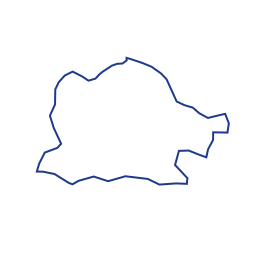 Faleia, Paphos, Cyprus, rotated 256°
{"feature_id": "46923920B65906378880060", "entity_name": "Faleia", "entity_type": "district", "adm_level": 2, "iso_a3": "CYP", "parent_name": "Cyprus", "parent_adm1": "Paphos", "projection": "mercator", "projection_center": [32.588, 34.857], "detail": "fine", "context": "isolated", "style": "outline", "palette": "blue", "viewbox_px": 256, "rotation_deg": 256, "n_neighbors": 0, "source": "geoboundaries", "source_scale": "gbopen_adm2", "svg_char_len": 845}
<svg xmlns="http://www.w3.org/2000/svg" viewBox="0 0 256 256"><g transform="rotate(256 128 128)"><path d="M86.8,60.6L88.7,67.2L89.2,83.0L81.2,95.8L81.8,113.8L73.8,134.9L65.5,144.8L62.6,161.2L59.6,171.6L65.0,173.5L80.7,164.7L93.5,171.9L91.4,181.5L85.2,190.1L80.6,196.9L87.9,200.5L95.9,207.7L103.2,209.6L99.5,223.4L108.2,227.0L118.2,225.7L118.3,222.0L118.4,212.8L118.4,208.0L125.2,200.6L132.1,195.8L136.7,188.0L142.0,181.6L153.1,179.6L166.0,177.2L173.0,173.2L181.7,165.7L187.4,158.0L194.3,147.2L196.4,143.6L193.9,143.0L191.9,138.2L192.9,133.1L192.4,127.5L188.9,117.4L187.0,113.3L183.8,108.4L183.5,101.1L189.3,95.8L196.1,87.9L194.2,79.3L189.2,71.9L183.1,66.8L168.5,62.9L158.8,55.2L145.9,56.0L128.9,59.3L125.8,54.7L124.3,41.3L114.9,33.2L107.8,29.0L106.2,34.9L101.1,45.6L88.9,57.4L86.8,60.6Z" fill="none" stroke="#1e3a8a" stroke-width="2"/></g></svg>